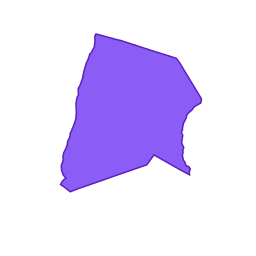 outline of Wagner, Bahia, Brazil, rotated 32°
{"feature_id": "56859067B26667304693986", "entity_name": "Wagner", "entity_type": "district", "adm_level": 2, "iso_a3": "BRA", "parent_name": "Brazil", "parent_adm1": "Bahia", "projection": "natural_earth1", "projection_center": [-41.154, -12.251], "detail": "fine", "context": "isolated", "style": "filled", "palette": "violet", "viewbox_px": 256, "rotation_deg": 32, "n_neighbors": 0, "source": "geoboundaries", "source_scale": "gbopen_adm2", "svg_char_len": 1519}
<svg xmlns="http://www.w3.org/2000/svg" viewBox="0 0 256 256"><g transform="rotate(32 128 128)"><path d="M51.0,65.2L51.2,67.5L52.2,69.4L53.5,71.0L54.6,73.0L55.6,75.4L56.5,77.0L56.6,79.9L56.9,83.2L56.4,85.7L57.3,88.6L57.8,91.3L58.1,93.1L58.2,95.0L59.1,97.9L59.6,100.2L60.4,102.7L61.5,105.9L62.1,107.6L63.2,109.9L63.6,112.5L64.3,114.9L64.8,118.1L64.8,120.6L65.8,122.5L67.0,124.2L68.4,125.9L68.6,129.0L69.5,131.5L70.9,134.8L72.4,136.9L74.0,139.5L75.9,142.0L77.0,144.3L78.2,146.4L79.0,148.3L79.7,150.8L80.3,153.5L80.9,156.3L81.2,158.9L81.7,161.0L81.8,163.4L82.8,164.8L83.6,166.9L83.6,169.7L84.2,172.0L85.2,174.1L85.8,176.5L86.2,178.9L86.4,180.9L86.6,183.0L87.3,185.1L88.3,187.2L89.7,189.0L90.6,191.2L90.8,193.3L91.5,195.6L92.9,197.4L94.2,199.2L96.2,200.7L97.8,202.1L99.7,202.8L101.9,203.2L101.0,205.7L100.5,208.8L100.8,211.7L106.1,211.9L112.8,212.7L118.0,205.7L135.8,183.7L137.0,182.1L151.8,163.7L154.7,160.1L159.0,154.8L163.5,149.2L164.3,137.0L166.0,137.0L194.6,135.8L205.0,135.1L203.5,133.1L202.4,129.6L200.1,128.5L198.2,129.1L196.5,128.8L194.6,126.9L192.2,126.0L190.2,124.1L188.5,122.1L187.5,119.3L186.1,117.4L185.7,115.0L183.3,113.6L181.3,112.0L180.5,110.2L179.6,108.3L178.3,105.1L175.8,103.7L175.3,101.0L174.1,98.9L173.3,96.6L172.5,94.2L172.3,90.8L172.0,88.5L171.1,86.3L171.2,83.7L171.9,81.2L172.7,78.9L172.7,76.6L173.1,74.5L174.2,72.5L175.4,70.2L176.4,68.5L176.0,66.6L174.9,64.4L136.8,45.1L132.0,43.3L117.6,47.0L107.0,49.8L75.5,57.6L72.2,58.8L51.0,65.2Z" fill="#8b5cf6" stroke="#5b21b6" stroke-width="1.5"/></g></svg>